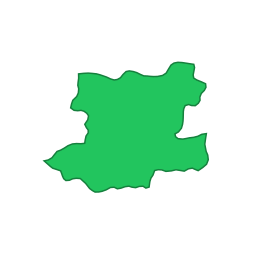 Fernandes Tourinho, Minas Gerais, Brazil (Natural Earth projection), rotated 61°
{"feature_id": "56859067B23476537277650", "entity_name": "Fernandes Tourinho", "entity_type": "district", "adm_level": 2, "iso_a3": "BRA", "parent_name": "Brazil", "parent_adm1": "Minas Gerais", "projection": "natural_earth1", "projection_center": [-42.097, -19.105], "detail": "fine", "context": "isolated", "style": "filled", "palette": "green", "viewbox_px": 256, "rotation_deg": 61, "n_neighbors": 0, "source": "geoboundaries", "source_scale": "gbopen_adm2", "svg_char_len": 1987}
<svg xmlns="http://www.w3.org/2000/svg" viewBox="0 0 256 256"><g transform="rotate(61 128 128)"><path d="M104.2,39.6L102.0,42.5L99.5,45.7L96.9,49.1L94.7,52.6L93.5,56.3L93.8,59.9L96.3,64.3L98.5,68.0L98.8,72.3L97.2,77.3L95.3,80.9L93.5,83.7L91.8,86.1L90.1,88.9L87.0,91.3L83.8,93.5L81.1,96.1L78.7,99.2L77.7,102.3L78.8,106.4L80.4,110.2L80.4,113.8L79.3,116.8L76.7,119.4L73.0,122.1L70.1,124.7L67.8,126.8L65.4,129.3L62.8,133.0L60.7,136.2L58.6,140.5L56.7,145.0L60.5,147.0L64.0,149.6L66.4,151.2L69.8,152.1L73.3,154.5L75.6,157.6L77.0,162.8L79.6,165.7L82.6,168.4L86.4,166.6L88.5,163.6L89.8,160.5L91.9,158.4L95.1,156.9L98.2,156.6L101.3,159.2L103.8,164.0L107.5,164.2L110.5,163.8L113.0,165.2L114.7,168.6L117.3,170.9L120.4,173.3L118.9,176.9L116.7,180.5L115.0,184.4L114.4,189.1L114.7,193.6L114.7,197.8L114.1,201.4L115.7,205.4L117.2,208.9L117.3,213.2L116.1,217.3L121.4,215.4L124.0,214.5L126.7,213.3L129.9,210.3L132.8,207.7L135.7,208.1L138.4,208.6L141.2,208.8L143.8,207.8L145.3,204.6L145.6,201.0L146.9,197.6L149.1,194.2L152.7,193.0L155.9,191.9L159.0,191.4L162.3,190.9L165.4,189.5L168.0,187.9L169.7,184.8L170.8,181.4L171.5,177.0L171.5,172.2L173.1,168.8L176.0,166.8L177.2,163.3L177.9,159.1L179.3,155.4L181.6,153.3L183.9,150.2L184.5,146.6L186.2,143.1L189.2,141.5L189.9,138.2L185.5,134.9L183.0,132.3L181.3,129.0L178.1,125.3L179.1,121.8L181.0,118.8L184.3,115.9L186.5,110.9L187.8,106.3L190.2,103.2L193.0,99.7L193.0,94.9L194.3,91.2L196.7,89.4L199.3,87.3L198.8,81.8L197.8,76.9L194.7,73.2L190.3,71.4L186.3,71.0L182.7,69.8L179.4,68.7L176.2,66.3L173.7,64.4L170.9,62.2L169.3,66.5L169.1,70.9L168.0,75.1L166.4,79.0L165.4,82.2L164.3,85.4L161.6,89.4L158.7,90.6L155.9,89.8L155.9,85.8L154.1,81.4L151.2,78.5L148.7,76.6L146.0,74.9L143.3,73.3L140.4,71.6L138.2,69.9L136.1,67.1L136.9,63.5L139.1,61.6L141.1,58.3L140.4,54.4L138.7,51.6L135.8,50.2L133.3,47.1L132.1,43.0L130.2,40.1L126.9,38.7L123.0,41.6L119.3,44.6L116.2,46.3L113.2,45.3L109.7,42.4L107.4,40.5L104.2,39.6Z" fill="#22c55e" stroke="#15803d" stroke-width="1.5"/></g></svg>